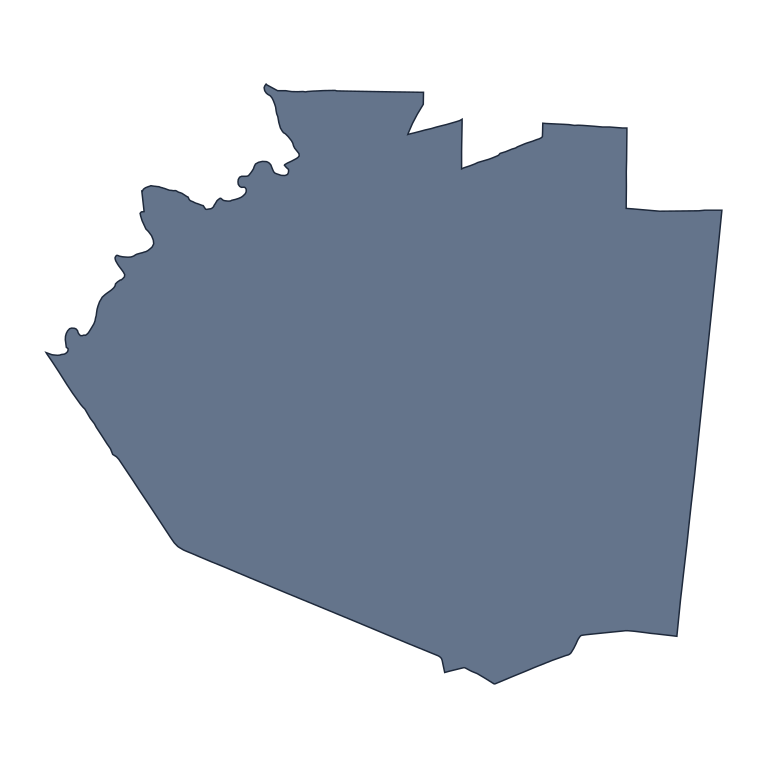 the district of Gologanu, Vrancea, Romania
{"feature_id": "2599482B67293682985135", "entity_name": "Gologanu", "entity_type": "district", "adm_level": 2, "iso_a3": "ROU", "parent_name": "Romania", "parent_adm1": "Vrancea", "projection": "orthographic", "projection_center": [27.287, 45.606], "detail": "fine", "context": "isolated", "style": "filled", "palette": "slate", "viewbox_px": 768, "rotation_deg": 0, "n_neighbors": 0, "source": "geoboundaries", "source_scale": "gbopen_adm2", "svg_char_len": 5828}
<svg xmlns="http://www.w3.org/2000/svg" viewBox="0 0 768 768"><path d="M676.9,636.3L677.0,634.9L680.6,599.0L681.9,588.0L683.3,575.5L687.0,543.7L687.3,540.8L688.9,525.6L691.5,501.7L691.6,501.1L693.5,484.4L694.4,476.8L697.1,450.7L714.4,284.3L718.3,246.3L718.9,240.3L721.9,210.2L719.6,210.2L713.4,210.2L707.4,210.2L704.8,210.2L701.7,210.5L698.7,210.8L670.3,211.1L659.6,211.2L633.0,208.9L626.2,208.4L626.2,204.1L626.3,195.4L626.4,186.6L626.3,171.8L626.6,159.8L626.7,149.5L626.9,132.4L626.9,128.0L622.4,128.0L609.5,127.0L602.4,127.0L594.8,126.3L582.7,125.4L578.3,125.2L574.4,125.4L568.9,124.6L563.3,124.3L556.5,124.0L546.1,123.5L542.8,123.2L542.7,126.3L542.6,131.4L542.4,136.6L541.5,137.6L539.3,138.8L536.7,139.6L532.6,141.2L526.6,143.1L524.5,143.9L519.7,145.9L517.3,146.9L515.6,148.0L511.9,149.1L505.6,151.7L500.1,153.4L498.5,155.3L496.8,156.1L492.2,158.0L488.7,159.3L477.8,162.5L474.9,163.9L472.3,164.9L469.7,165.9L463.9,167.8L461.6,168.9L461.6,160.1L461.6,151.6L461.7,144.4L461.9,134.0L462.1,122.8L462.1,119.2L459.7,120.6L455.9,121.8L446.2,124.6L441.3,125.8L436.2,127.1L431.2,128.6L425.0,130.0L419.9,131.4L416.8,132.2L413.7,133.0L410.7,133.7L407.8,134.5L408.6,132.4L412.5,123.4L417.4,114.1L423.3,104.3L423.5,92.3L421.7,92.3L402.7,92.0L394.0,91.9L388.3,91.8L382.3,91.7L352.8,91.2L347.2,91.1L336.7,90.9L335.1,90.4L323.4,90.6L318.1,90.9L313.1,91.1L307.6,91.5L305.5,91.9L303.0,91.5L297.7,91.7L291.9,91.6L288.8,91.2L285.8,90.7L277.6,90.7L273.0,88.2L266.9,84.9L266.1,84.1L265.2,85.3L264.8,85.9L264.1,87.7L264.7,90.7L266.2,93.0L267.7,94.3L270.4,95.9L272.1,98.1L273.2,100.3L274.6,103.9L275.6,107.0L275.9,109.1L276.1,110.7L276.7,113.8L277.8,116.6L278.3,119.5L278.8,122.4L280.4,128.0L282.3,131.2L283.5,132.7L285.4,133.8L288.2,136.6L291.5,140.8L292.8,143.2L293.5,145.8L294.6,148.1L296.5,150.5L298.1,152.5L299.0,153.7L299.2,155.9L298.0,157.4L296.3,158.6L291.6,161.1L287.5,163.0L284.8,164.6L284.4,165.2L285.8,166.9L287.0,168.1L288.4,169.3L288.6,170.8L288.3,172.9L287.5,174.4L286.1,175.1L284.9,175.5L282.0,175.4L281.0,175.3L279.0,174.6L277.5,174.1L276.6,173.8L275.1,173.2L274.0,172.2L273.2,170.8L272.7,169.6L271.6,166.9L270.9,165.0L269.4,163.2L267.7,162.1L266.4,161.6L262.4,161.4L258.5,162.3L255.5,164.0L254.3,166.3L253.5,168.7L252.3,170.7L250.9,172.7L249.6,174.3L248.5,175.6L247.2,176.2L245.4,176.3L243.4,176.3L241.6,176.3L239.6,177.2L238.3,179.4L238.0,181.8L238.1,183.1L238.3,184.4L239.7,186.4L241.3,187.3L242.3,187.3L243.7,187.2L244.7,187.3L245.3,187.9L245.8,188.6L246.2,189.4L246.2,190.3L246.2,191.4L245.9,192.5L245.1,193.9L244.5,194.5L242.7,196.2L241.3,197.2L238.6,198.4L235.5,199.4L233.4,199.9L231.7,200.3L230.4,201.0L228.1,201.1L225.4,200.8L223.4,200.4L220.8,198.3L219.8,198.4L218.0,199.8L217.0,200.7L216.3,201.9L215.3,203.6L214.0,205.5L213.8,206.4L213.1,207.2L212.3,207.9L211.5,208.5L210.5,208.8L208.3,209.1L206.9,209.4L205.6,209.2L203.2,205.6L202.2,205.4L199.5,204.4L197.4,203.6L196.2,203.3L195.0,202.8L194.0,202.3L192.9,201.7L191.3,201.1L190.3,200.6L189.6,200.0L189.0,199.2L188.5,198.0L188.2,197.4L188.0,197.0L187.0,196.6L185.4,195.6L184.7,195.1L183.4,194.3L182.3,193.5L181.8,193.3L180.6,192.8L179.4,192.4L178.8,192.3L178.2,192.0L177.2,191.4L176.3,190.9L175.7,190.6L175.0,190.6L173.4,190.7L171.6,190.4L170.3,190.3L169.3,190.2L167.9,189.7L166.8,189.3L164.7,188.5L163.2,188.1L162.4,187.8L161.1,187.5L159.9,187.1L159.0,186.7L157.7,186.6L155.2,186.3L154.1,186.2L152.7,186.0L151.5,185.8L150.9,185.7L150.4,185.9L149.5,186.3L148.8,186.5L148.4,186.6L147.1,187.1L145.6,187.7L144.5,188.4L143.5,189.2L142.5,190.7L142.4,191.1L141.8,191.0L144.1,211.6L141.4,211.9L140.1,213.3L140.7,216.2L142.1,220.7L145.9,229.0L148.4,231.5L151.6,235.8L153.3,240.1L153.7,243.8L152.2,246.9L150.6,248.4L148.0,250.5L146.0,251.6L144.1,252.1L142.4,252.7L140.7,253.1L136.8,254.2L135.4,254.9L133.8,256.0L132.2,256.6L130.9,257.0L128.0,257.2L125.1,257.0L122.7,256.8L119.6,256.2L117.6,255.4L116.6,255.4L115.8,256.2L115.1,257.5L115.1,258.7L115.7,260.8L116.5,262.2L117.4,263.8L118.7,265.8L121.4,269.4L123.3,272.0L124.7,274.6L124.4,276.9L122.5,278.9L121.2,279.9L120.3,280.0L117.4,282.0L115.5,283.9L115.2,285.4L114.7,286.5L113.7,287.9L111.4,290.0L109.6,291.3L107.6,292.7L105.3,294.4L102.2,297.2L100.8,299.7L99.6,301.6L98.0,306.0L97.1,309.2L96.6,312.4L96.2,315.7L95.6,317.7L95.0,320.9L94.4,322.5L93.9,323.8L92.0,327.0L89.5,331.1L88.3,332.9L87.1,334.1L85.5,335.3L83.9,335.1L82.1,335.7L80.4,335.6L79.0,334.1L78.2,332.9L77.5,330.6L76.0,328.9L74.5,328.3L71.6,328.1L69.6,328.7L67.6,330.9L66.3,333.4L65.5,336.2L65.3,339.8L65.7,342.6L66.3,347.3L68.0,348.6L68.1,350.0L67.6,351.6L66.4,352.9L64.5,354.1L61.4,354.5L59.7,355.1L57.5,355.3L55.3,355.1L53.3,354.9L51.9,354.7L50.5,354.2L46.9,352.9L46.1,352.6L46.8,353.8L52.4,362.0L59.0,372.1L66.7,384.3L72.6,393.2L80.6,404.4L82.9,407.1L84.9,409.1L88.9,416.0L90.3,418.4L94.4,423.7L96.3,427.3L101.7,435.5L107.0,443.8L110.5,448.8L112.7,454.4L116.5,456.8L118.8,459.3L129.7,475.6L133.2,480.8L134.8,483.3L140.5,492.0L147.8,502.9L155.2,514.1L161.3,523.4L165.3,529.5L170.6,537.6L174.3,542.9L177.8,546.5L179.3,547.5L183.5,550.0L186.7,551.4L191.4,553.3L199.3,556.7L211.4,561.8L223.8,566.8L230.9,569.8L238.9,573.2L245.2,575.8L250.3,578.0L259.2,581.7L272.0,587.0L281.8,591.1L287.8,593.6L339.4,614.9L367.1,626.4L387.9,635.1L408.8,643.8L438.2,655.8L439.2,656.4L440.4,657.3L441.5,658.6L442.2,660.6L442.8,663.6L444.7,672.5L449.4,671.2L464.0,667.6L465.2,667.9L470.0,670.5L471.8,671.4L477.2,673.6L484.3,677.8L493.9,683.8L494.6,683.9L495.2,683.8L512.4,676.6L525.9,671.1L534.4,667.5L552.2,660.4L565.6,655.6L568.5,654.8L569.7,654.1L571.0,652.9L573.8,648.3L576.2,643.5L577.0,641.6L578.1,639.3L579.6,637.0L580.6,635.8L581.8,635.3L586.2,634.7L602.8,633.0L607.8,632.5L612.7,632.0L623.0,631.0L625.3,630.7L627.8,630.7L633.6,631.2L635.5,631.4L645.2,632.6L651.1,633.4L656.3,633.9L661.5,634.5L672.0,635.7L676.9,636.3Z" fill="#64748b" stroke="#1e293b" stroke-width="1.5"/></svg>